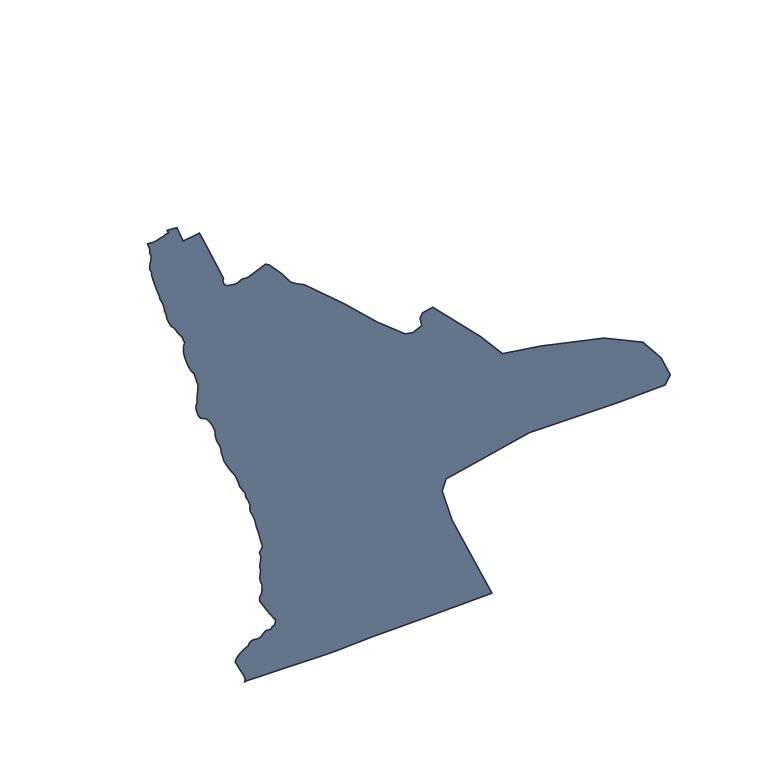 the district of Karrari, Khartoum, Sudan, rotated 153°
{"feature_id": "16777658B93959590111568", "entity_name": "Karrari", "entity_type": "district", "adm_level": 2, "iso_a3": "SDN", "parent_name": "Sudan", "parent_adm1": "Khartoum", "projection": "mercator", "projection_center": [32.496, 16.026], "detail": "fine", "context": "isolated", "style": "filled", "palette": "slate", "viewbox_px": 768, "rotation_deg": 153, "n_neighbors": 0, "source": "geoboundaries", "source_scale": "gbopen_adm2", "svg_char_len": 3003}
<svg xmlns="http://www.w3.org/2000/svg" viewBox="0 0 768 768"><g transform="rotate(153 384 384)"><path d="M382.8,148.6L382.8,149.5L385.1,231.8L380.7,262.2L371.6,271.2L276.5,274.6L183.6,261.1L133.9,255.5L124.7,262.2L125.2,281.4L134.4,303.8L167.4,325.2L226.8,346.6L264.6,357.3L276.5,382.6L305.7,430.3L317.3,429.9L322.1,426.2L323.9,418.9L334.9,416.7L342.5,419.2L361.9,442.3L383.2,473.9L410.0,508.8L416.6,513.2L420.8,517.2L425.2,529.1L432.2,542.3L435.2,544.6L455.8,541.0L458.4,540.9L461.7,541.8L464.4,541.7L466.7,541.0L469.8,540.5L473.3,541.1L479.5,543.0L480.9,544.8L481.1,547.6L480.3,549.6L479.0,550.9L479.4,583.7L479.6,593.4L479.9,602.3L483.0,602.3L488.7,602.3L491.7,602.5L494.0,602.6L498.0,602.6L497.9,604.8L497.8,609.6L497.5,617.3L500.6,618.0L507.5,619.4L507.5,616.5L511.3,616.4L513.3,615.6L517.3,615.6L521.7,615.0L525.4,615.1L531.1,616.3L531.7,610.0L533.5,606.6L533.3,604.1L534.8,601.3L535.9,599.6L537.7,597.7L540.1,594.0L540.8,592.1L540.4,588.9L541.7,586.7L542.9,579.7L544.0,570.6L544.4,563.9L545.1,561.8L544.8,555.5L545.4,551.3L546.5,548.7L546.6,545.6L547.2,543.2L547.8,540.8L548.0,536.7L547.7,534.1L547.5,531.9L546.3,530.2L545.3,527.8L545.0,525.5L544.6,523.1L543.2,519.3L542.6,517.3L543.0,513.6L542.6,511.6L544.4,509.8L545.6,508.4L548.0,504.0L549.3,499.7L550.2,492.7L550.4,487.2L549.9,483.2L548.6,479.1L549.8,471.3L550.2,467.4L551.7,464.9L553.0,462.6L556.2,457.8L558.2,454.2L559.2,452.0L561.5,450.0L562.3,448.2L563.1,446.5L563.9,439.7L563.0,436.8L561.5,435.7L559.1,434.3L557.7,432.6L556.4,428.7L555.9,425.7L555.9,422.0L555.9,419.3L557.7,415.0L558.3,412.9L558.9,409.5L558.6,402.8L558.8,400.3L560.0,397.7L561.6,388.3L561.2,383.0L560.0,376.2L558.3,369.9L558.3,367.4L558.6,363.2L559.2,358.2L558.3,353.3L557.3,349.4L558.6,346.1L558.0,342.3L558.2,339.1L558.5,336.9L560.1,334.2L561.2,330.8L560.7,327.7L560.9,322.1L561.6,319.0L562.8,314.0L563.4,308.5L564.8,301.7L565.5,298.4L565.8,294.9L569.0,292.1L571.7,290.3L572.0,286.2L574.4,282.3L576.1,280.3L578.1,276.9L578.4,274.4L582.0,268.8L583.0,267.2L583.9,263.9L583.9,260.2L587.4,254.1L589.3,252.1L591.7,250.5L593.4,247.2L592.7,243.2L591.8,238.8L591.4,236.2L590.7,234.3L590.7,232.4L589.9,230.7L589.2,227.8L588.6,225.0L587.5,223.4L589.5,220.5L591.6,218.6L593.5,218.8L595.5,217.2L598.2,217.2L600.3,218.0L602.9,217.4L605.3,216.3L607.8,214.9L610.7,214.4L613.4,214.6L615.8,215.4L619.2,215.4L621.7,214.4L623.4,212.5L626.4,211.9L629.5,211.1L634.8,209.3L638.1,207.7L641.5,205.4L642.9,203.7L642.6,201.4L642.3,198.0L642.1,194.8L641.4,188.0L641.5,185.0L643.0,182.2L643.2,181.9L643.3,181.8L642.3,181.8L641.7,181.8L640.3,181.8L637.4,181.3L626.7,179.6L625.4,179.4L625.1,179.4L622.5,179.0L608.0,176.9L606.3,176.6L598.0,175.4L589.4,174.0L566.6,170.5L561.3,169.7L552.5,168.5L547.6,167.9L513.0,164.4L512.8,164.4L506.6,163.7L486.9,161.2L468.5,158.9L451.8,156.8L443.9,155.9L428.4,154.0L427.9,154.0L415.9,152.5L415.0,152.4L410.0,151.8L406.2,151.4L403.7,151.1L393.7,149.9L390.2,149.4L383.6,148.7L382.9,148.6L382.8,148.6Z" fill="#64748b" stroke="#1e293b" stroke-width="1.5"/></g></svg>